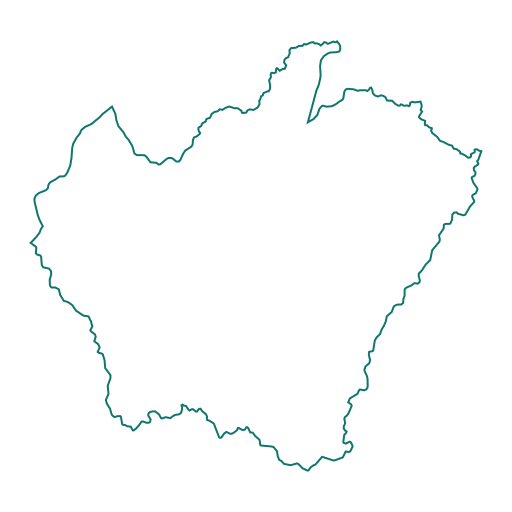 Manzanares, Caldas, Colombia (Robinson projection)
{"feature_id": "7082276B1219739961370", "entity_name": "Manzanares", "entity_type": "district", "adm_level": 2, "iso_a3": "COL", "parent_name": "Colombia", "parent_adm1": "Caldas", "projection": "robinson", "projection_center": [-75.127, 5.233], "detail": "fine", "context": "isolated", "style": "outline", "palette": "teal", "viewbox_px": 512, "rotation_deg": 0, "n_neighbors": 0, "source": "geoboundaries", "source_scale": "gbopen_adm2", "svg_char_len": 5973}
<svg xmlns="http://www.w3.org/2000/svg" viewBox="0 0 512 512"><path d="M260.8,445.5L271.8,446.5L273.6,447.1L277.0,451.3L277.7,456.0L279.2,459.9L281.3,460.9L284.1,463.9L290.7,465.2L297.0,463.4L298.5,464.1L302.6,468.3L307.5,470.6L308.5,470.4L310.9,467.1L313.7,465.2L315.4,464.6L322.1,456.8L333.2,460.4L334.6,460.4L342.8,457.4L345.7,451.5L348.8,452.0L350.3,451.3L352.6,446.6L352.2,445.0L350.7,442.2L349.5,441.7L346.0,443.6L344.0,443.0L343.3,442.2L344.2,434.9L346.1,432.9L346.6,431.5L344.8,430.3L343.7,428.2L343.8,426.4L345.2,423.2L344.3,418.6L345.2,416.8L347.0,415.5L348.5,413.3L351.7,405.8L351.1,404.4L348.2,402.3L349.9,398.4L357.5,393.8L358.9,390.5L359.8,389.5L364.3,390.3L366.2,389.4L367.3,388.0L367.7,386.0L367.5,378.2L366.6,375.3L364.7,371.4L364.4,369.6L365.6,366.3L369.0,363.5L369.7,362.1L370.0,359.7L368.8,354.6L369.2,351.8L372.6,351.1L373.2,350.5L374.8,340.5L376.6,337.4L380.1,334.0L381.6,329.6L383.9,325.8L385.7,321.7L386.8,316.3L391.7,312.0L393.6,306.9L394.4,305.9L397.4,304.6L401.3,304.5L403.1,303.0L403.4,299.0L404.6,295.7L404.6,290.1L405.0,288.9L406.4,287.6L411.2,285.5L414.1,283.4L415.0,283.1L417.6,283.7L419.4,282.4L419.8,280.3L418.7,275.9L418.8,273.6L421.6,270.8L425.8,264.4L430.2,260.1L432.2,250.2L439.4,241.7L439.8,239.5L439.0,235.3L443.6,228.6L443.9,224.7L445.4,223.9L449.5,223.9L450.4,223.4L452.1,219.6L452.3,214.7L453.9,212.7L456.5,212.3L458.0,213.8L463.7,215.3L465.3,214.6L470.1,206.4L474.1,202.0L474.3,201.0L472.4,197.4L472.2,195.7L472.9,194.8L475.6,193.4L477.4,189.9L477.2,188.2L473.3,182.6L471.6,177.8L472.2,176.9L474.5,175.9L475.3,174.6L475.5,172.5L474.0,170.2L473.7,168.1L474.4,167.0L478.2,164.3L478.3,163.5L477.1,161.2L478.3,159.8L481.3,151.2L479.3,150.8L477.0,149.3L475.0,149.4L474.6,149.8L474.8,151.5L474.5,152.4L470.9,154.2L471.0,156.3L470.5,157.3L468.3,157.8L464.9,155.3L461.5,153.5L460.4,153.6L459.8,151.5L456.4,149.1L453.8,148.7L452.1,145.7L448.6,144.7L443.3,141.9L440.1,140.9L437.1,136.8L432.3,133.0L431.0,130.6L431.9,128.9L431.7,128.1L429.1,127.4L427.3,125.4L425.2,125.2L424.8,124.3L425.1,120.9L421.1,119.2L419.1,117.5L419.2,116.0L422.1,111.6L420.6,109.9L421.7,106.8L421.5,104.6L420.5,101.6L414.9,102.4L412.1,101.8L410.1,103.0L409.9,105.2L409.1,106.1L407.0,105.4L404.0,105.8L401.1,104.3L399.8,105.6L398.3,105.7L395.2,103.8L392.2,100.8L387.0,100.5L385.3,97.0L382.8,95.7L381.2,95.3L377.9,96.5L374.8,95.4L372.9,93.4L372.3,89.9L371.2,87.6L370.1,87.8L369.0,89.6L367.2,91.1L365.5,90.2L359.9,90.3L357.6,90.8L353.6,89.3L347.2,88.8L345.8,89.5L344.4,91.4L343.3,98.4L342.3,99.9L339.7,101.3L335.7,104.3L332.0,106.2L326.8,106.7L322.9,105.7L321.7,106.2L319.5,108.7L317.3,115.0L313.6,119.0L307.9,122.3L316.4,90.6L318.7,85.0L320.2,78.6L320.6,75.2L320.1,66.0L320.9,60.4L323.8,56.2L327.3,53.8L330.1,52.5L336.7,52.2L339.3,51.4L340.2,49.6L340.2,46.3L339.2,44.1L337.0,41.4L335.8,42.3L333.3,41.6L327.9,43.9L325.7,42.4L324.2,42.2L322.7,44.0L320.6,45.5L319.4,44.3L317.1,43.4L314.6,43.4L313.4,42.2L311.1,42.4L306.0,44.6L304.2,44.0L302.5,45.8L298.7,46.0L296.0,47.7L291.1,48.1L289.4,50.2L289.8,53.1L288.1,57.2L285.5,58.5L284.4,60.1L284.1,62.6L286.2,65.3L284.8,68.8L282.4,69.1L279.7,70.8L277.3,68.3L276.7,68.2L276.2,69.0L275.8,72.4L274.0,73.2L271.9,72.7L271.1,73.1L270.7,74.3L270.9,77.3L269.1,80.2L270.2,85.5L269.9,89.2L268.7,91.3L267.3,91.4L263.5,93.1L262.8,95.3L261.0,96.4L260.3,99.3L259.3,100.7L259.5,104.3L257.6,107.5L253.6,109.9L249.7,109.4L247.6,110.3L246.2,112.6L242.4,113.0L241.9,112.6L241.4,110.8L237.7,108.2L234.3,108.2L229.3,106.5L225.6,107.8L222.6,109.8L219.8,109.3L217.8,111.2L214.4,112.0L211.6,114.0L210.1,117.7L206.7,118.9L206.0,119.9L205.7,121.5L202.2,123.4L201.1,126.1L198.6,127.6L198.3,129.3L198.9,131.3L200.1,132.9L199.8,133.8L196.8,136.4L194.0,137.5L193.0,139.8L192.6,144.4L191.4,146.6L185.2,150.6L183.1,153.9L180.3,160.0L178.9,161.5L176.3,161.5L172.2,158.2L169.0,157.9L166.9,158.7L160.3,164.3L158.4,164.5L156.5,162.8L150.5,162.3L146.2,156.5L144.3,155.2L136.9,155.1L134.5,153.6L132.3,146.0L128.5,139.7L125.8,136.7L123.5,132.3L118.5,126.3L116.4,120.2L115.4,114.0L112.0,106.6L102.5,114.1L99.9,117.0L91.5,124.0L84.9,127.0L81.4,130.0L79.7,133.8L76.6,137.6L73.2,143.8L72.2,148.0L71.5,157.9L70.2,165.8L67.1,172.9L65.3,175.5L64.1,176.3L59.5,176.5L55.3,179.5L50.3,182.2L49.0,183.8L48.3,185.4L48.0,187.9L47.0,189.2L45.7,190.3L38.9,193.0L35.8,195.6L34.4,198.8L34.6,201.8L37.7,214.9L39.5,219.8L42.8,226.3L40.8,229.2L39.5,232.8L36.2,237.1L30.7,242.9L35.6,246.6L36.3,247.7L35.8,253.3L37.2,254.6L40.3,255.5L41.1,256.6L41.8,265.1L43.2,267.3L49.1,268.6L51.0,271.2L51.2,274.5L49.7,279.6L49.9,285.1L50.8,286.9L51.9,287.6L55.0,287.4L58.8,289.3L60.2,295.0L63.8,300.8L67.9,302.1L71.3,304.4L72.5,305.4L76.0,310.6L82.1,314.8L84.1,315.8L88.1,316.3L89.1,317.2L89.8,319.4L91.2,321.6L91.2,322.7L92.4,326.3L90.3,330.2L90.9,331.3L95.0,334.4L95.7,336.9L94.3,341.3L98.2,344.2L99.5,347.0L99.5,347.8L97.7,351.9L98.4,352.6L102.0,353.7L102.8,354.4L104.6,360.5L105.2,368.1L110.5,375.2L110.4,378.3L107.7,385.9L108.5,393.9L105.9,399.9L106.8,403.5L110.1,408.9L111.4,413.8L112.3,415.4L114.4,417.1L117.8,416.1L120.3,416.1L121.0,417.1L122.1,423.9L122.8,424.8L125.2,425.1L127.3,426.3L130.7,426.6L132.8,430.4L133.6,430.4L135.8,428.8L139.0,425.3L141.6,421.5L143.1,421.5L146.6,422.8L148.9,422.7L150.0,422.0L150.6,419.4L148.4,415.9L148.2,414.6L149.0,412.8L150.0,412.1L152.3,411.4L155.2,411.4L159.0,414.4L161.0,418.0L161.8,418.5L165.6,417.2L170.3,418.1L173.7,415.6L175.7,414.8L178.9,414.4L181.1,412.9L182.0,409.6L182.1,407.0L181.5,405.3L182.7,404.6L183.5,405.4L186.1,406.1L188.5,409.7L189.5,410.5L191.9,409.2L192.9,409.2L196.1,411.7L197.1,411.5L199.0,408.9L200.5,408.7L202.3,411.3L206.0,414.2L207.0,416.6L206.8,418.5L207.3,420.1L209.4,420.7L213.8,423.5L219.2,437.5L220.7,437.8L221.5,437.4L224.0,433.7L226.3,431.9L230.0,433.7L231.4,433.8L233.5,432.9L236.9,430.3L237.9,428.1L238.8,428.0L241.7,429.7L243.6,430.0L245.1,429.4L246.2,427.4L247.0,427.1L248.2,428.0L250.2,432.4L252.8,432.7L255.2,436.0L259.3,439.6L259.8,440.9L260.1,444.6L260.8,445.5Z" fill="none" stroke="#0f766e" stroke-width="2"/></svg>